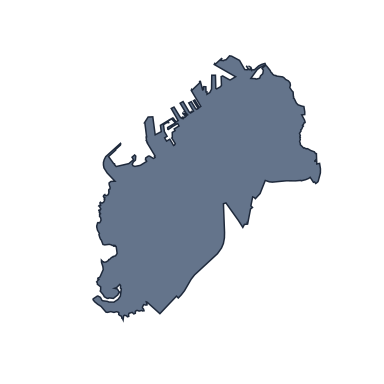 the district of WaitematÄ Local Board Area, Auckland, New Zealand, rotated 311°
{"feature_id": "76426892B73686765097584", "entity_name": "WaitematÄ Local Board Area", "entity_type": "district", "adm_level": 2, "iso_a3": "NZL", "parent_name": "New Zealand", "parent_adm1": "Auckland", "projection": "orthographic", "projection_center": [174.75, -36.855], "detail": "fine", "context": "isolated", "style": "filled", "palette": "slate", "viewbox_px": 384, "rotation_deg": 311, "n_neighbors": 0, "source": "geoboundaries", "source_scale": "gbopen_adm2", "svg_char_len": 6060}
<svg xmlns="http://www.w3.org/2000/svg" viewBox="0 0 384 384"><g transform="rotate(311 192 192)"><path d="M336.9,162.7L334.1,160.9L330.9,159.6L325.1,158.9L323.4,157.0L324.7,154.7L324.1,151.9L324.6,154.5L324.2,155.5L323.2,156.5L323.5,155.3L322.8,155.0L322.2,155.4L321.7,154.5L322.8,150.9L322.4,150.2L322.6,151.0L321.5,154.1L320.4,153.4L319.0,151.5L322.5,141.5L320.5,132.8L319.4,131.0L314.3,131.0L312.5,129.7L311.9,129.7L309.9,126.9L312.1,127.1L312.1,126.7L304.2,125.8L304.0,124.8L302.8,125.1L307.6,149.3L301.8,147.4L301.3,146.8L299.7,139.0L298.2,138.3L291.8,144.3L290.1,144.4L286.0,143.0L285.8,142.0L295.5,133.1L293.1,130.3L282.4,139.3L278.7,140.2L275.6,139.2L277.4,137.6L276.7,136.9L280.5,133.4L279.2,131.7L278.8,131.7L276.8,133.5L276.0,133.0L281.0,125.7L280.7,125.3L280.2,125.3L279.6,126.2L269.0,125.2L269.2,124.4L268.2,124.7L262.4,142.5L260.6,142.0L263.3,133.7L261.8,133.2L259.1,141.9L257.4,141.3L257.3,139.7L259.7,132.2L257.1,131.1L254.0,140.1L251.7,139.4L252.1,138.7L251.9,138.7L251.5,139.3L251.1,139.2L251.4,138.4L250.9,139.1L250.6,139.0L250.5,137.6L254.4,125.9L251.8,125.0L251.2,124.8L248.3,133.8L247.8,133.5L247.9,135.0L247.4,135.3L248.1,135.4L247.5,135.6L247.6,136.8L247.1,136.9L247.3,138.1L246.1,137.7L246.3,136.5L246.0,136.5L246.1,134.9L245.8,134.9L245.7,133.4L245.2,133.6L245.1,135.5L245.4,136.5L244.9,136.6L245.1,137.8L244.0,137.7L244.0,136.9L243.8,137.5L243.0,137.3L243.0,136.5L242.8,137.1L242.2,137.1L242.4,136.5L241.7,136.8L242.3,135.0L241.5,136.8L240.9,136.2L240.6,134.5L244.3,122.7L241.4,121.5L236.8,134.7L234.7,134.0L234.9,130.7L235.2,130.7L235.4,129.0L231.2,127.4L231.0,127.8L233.8,128.7L233.3,134.2L224.7,131.3L223.5,132.5L223.6,133.1L227.8,134.2L228.0,133.5L228.9,133.7L228.7,134.4L234.3,136.3L233.3,138.9L227.9,137.2L227.2,139.0L224.0,138.0L220.1,141.5L219.5,141.3L217.5,147.7L215.9,148.0L215.0,147.6L217.3,140.6L213.7,139.4L214.9,135.8L217.7,136.7L219.5,131.5L224.1,126.3L228.8,127.8L228.6,128.6L229.1,128.9L229.7,127.0L221.6,124.4L217.4,129.2L211.0,126.7L223.0,113.1L219.8,109.7L213.2,110.7L213.4,110.9L203.8,121.6L203.4,121.3L201.1,123.8L200.8,123.7L200.1,125.9L199.7,125.8L195.0,140.4L194.3,140.2L193.8,141.5L192.0,140.9L191.2,136.3L190.5,135.5L187.3,134.7L185.7,135.8L185.9,136.8L185.3,137.7L178.2,135.5L173.8,132.1L173.1,130.2L173.7,128.7L176.2,128.0L178.9,128.4L182.2,126.0L182.3,124.4L178.9,123.9L178.1,126.4L177.7,126.6L172.0,125.7L161.5,118.1L161.7,115.8L162.3,115.4L162.4,114.9L162.0,114.4L164.0,105.8L173.5,106.9L173.7,106.5L174.3,106.5L180.4,107.2L181.6,106.6L181.8,106.1L162.1,103.7L158.9,104.5L156.3,105.7L154.3,107.4L152.4,109.8L150.7,115.5L149.6,126.8L146.8,123.9L144.4,123.5L143.2,124.7L141.6,127.3L140.4,128.1L139.4,127.6L138.0,128.5L137.8,129.1L135.7,130.3L134.5,130.4L133.0,129.7L132.5,128.8L132.9,127.9L131.5,127.6L130.5,128.0L130.2,128.9L130.5,129.9L129.1,130.3L129.3,130.9L128.0,131.6L126.4,132.0L124.8,131.5L124.2,130.7L124.2,129.6L123.5,129.6L122.3,130.9L122.2,131.7L121.1,131.7L120.7,130.8L120.3,130.8L120.4,131.4L119.4,134.3L117.6,134.6L117.5,133.7L117.0,133.7L116.2,135.7L115.6,135.7L115.5,137.2L114.5,136.9L114.1,137.5L113.1,138.0L112.6,140.0L111.0,141.9L108.4,142.5L107.8,142.2L107.3,141.1L106.8,141.0L103.8,142.4L102.9,143.3L101.2,145.7L99.9,149.4L98.8,149.7L97.2,152.2L96.3,154.1L96.2,155.1L94.0,159.2L94.8,160.8L98.2,163.9L99.3,166.0L99.3,166.8L100.4,168.3L99.9,168.6L100.2,168.9L100.6,168.6L100.6,169.4L101.1,169.3L101.0,170.7L96.5,175.8L93.7,176.2L91.4,174.7L91.0,175.0L89.8,174.2L86.8,174.0L86.4,173.5L85.2,173.8L82.9,173.1L81.2,171.7L81.3,171.0L80.9,170.5L81.1,168.4L79.5,169.9L77.2,173.7L75.2,175.9L67.8,178.2L66.8,178.2L65.5,177.5L64.5,177.9L64.8,179.0L61.6,179.0L61.4,180.1L60.3,181.1L60.5,185.3L58.0,187.4L57.0,187.7L56.3,192.1L55.4,194.6L56.1,197.8L57.0,198.8L57.7,198.9L60.1,202.5L65.7,203.5L67.3,203.0L69.1,203.4L68.9,202.2L69.8,199.3L68.5,196.7L70.3,197.8L74.8,198.1L74.6,199.4L72.5,201.1L72.5,202.2L66.3,206.3L62.3,206.6L57.6,205.3L54.5,201.6L53.9,199.8L51.3,195.9L51.2,195.0L52.4,192.0L51.8,189.3L51.3,188.8L46.5,187.5L45.8,188.0L45.3,190.5L45.4,194.5L46.0,198.4L44.9,205.9L45.6,207.1L48.5,209.2L49.9,212.1L52.1,213.5L52.9,215.2L53.0,215.9L51.5,217.0L51.4,218.1L51.9,220.1L51.3,221.2L50.7,221.8L50.5,221.5L50.9,222.7L50.3,223.9L53.6,221.7L54.6,221.8L55.6,223.7L55.4,225.1L56.6,225.9L57.9,224.5L59.2,224.1L61.9,225.8L61.8,228.1L63.3,228.8L64.7,227.6L66.2,227.9L66.9,228.7L67.4,230.2L69.7,231.8L69.8,232.8L70.9,233.7L71.9,232.1L72.0,230.7L72.6,230.1L75.3,229.4L76.5,231.5L77.4,232.1L79.1,229.6L79.4,230.3L79.1,247.6L103.2,248.6L103.0,251.2L107.3,251.4L112.6,251.1L125.5,248.6L131.1,248.3L162.1,251.7L169.1,251.0L173.7,249.5L178.6,246.6L182.7,243.2L203.8,223.4L206.0,224.8L200.9,245.9L198.6,253.6L201.9,252.8L204.2,255.0L204.8,254.7L204.6,254.2L205.2,253.7L205.5,254.3L217.6,247.3L220.0,247.8L220.2,245.5L228.1,241.0L228.7,242.8L228.5,244.2L235.5,244.4L248.8,239.7L250.4,243.7L252.2,246.2L262.4,255.9L268.1,262.6L272.2,266.6L272.1,267.1L275.9,269.7L278.9,271.2L280.6,271.5L279.0,277.3L280.0,277.9L279.6,279.8L281.9,280.3L283.1,280.1L290.6,276.4L293.7,273.8L297.3,269.5L295.0,267.8L297.1,265.9L295.8,264.6L296.3,264.2L297.0,265.0L297.7,264.3L298.2,264.8L302.6,260.7L302.1,260.0L302.6,258.0L301.3,254.6L300.6,251.2L300.2,250.3L299.5,249.9L299.0,247.7L298.4,247.4L298.8,242.7L299.6,242.0L300.8,240.0L302.7,239.3L303.7,237.8L304.3,237.9L304.8,236.8L305.6,236.8L306.8,234.6L309.6,234.3L310.3,233.3L311.7,233.5L313.5,232.8L314.8,232.8L314.8,231.7L316.9,231.6L317.7,231.2L318.6,231.8L318.9,231.6L320.1,229.7L322.2,224.2L324.4,226.3L326.4,224.6L329.9,220.4L328.9,218.6L327.4,214.9L327.6,212.4L329.5,208.0L329.4,207.0L330.4,206.5L330.6,205.9L333.8,202.7L334.0,200.6L335.0,197.2L337.2,196.2L338.7,194.3L339.1,191.8L338.4,189.0L338.6,186.3L338.3,184.8L335.1,180.0L334.8,179.5L335.0,179.0L333.9,177.3L333.8,175.5L334.2,174.5L334.2,173.0L335.0,171.2L336.0,165.8L335.9,164.9L335.2,164.3L331.2,163.8L330.7,166.0L327.7,167.8L324.6,167.5L322.3,168.4L319.2,166.3L319.1,165.4L316.3,161.9L327.2,160.9L330.3,161.6L334.4,163.3L336.1,164.5L336.9,162.7Z" fill="#64748b" stroke="#1e293b" stroke-width="1.5"/></g></svg>